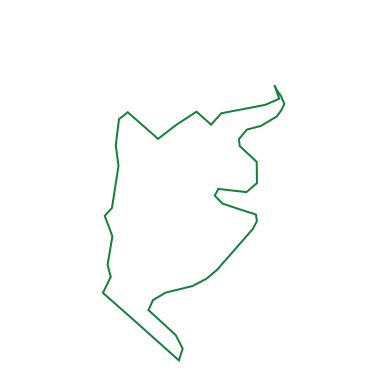 West Baton Rouge, Louisiana, United States of America, rotated 42°
{"feature_id": "52423323B55664774745263", "entity_name": "West Baton Rouge", "entity_type": "district", "adm_level": 2, "iso_a3": "USA", "parent_name": "United States of America", "parent_adm1": "Louisiana", "projection": "equal_earth", "projection_center": [-91.297, 30.491], "detail": "fine", "context": "isolated", "style": "outline", "palette": "green", "viewbox_px": 384, "rotation_deg": 42, "n_neighbors": 0, "source": "geoboundaries", "source_scale": "gbopen_adm2", "svg_char_len": 765}
<svg xmlns="http://www.w3.org/2000/svg" viewBox="0 0 384 384"><g transform="rotate(42 192 192)"><path d="M194.1,61.2L186.8,59.5L181.6,57.4L194.4,64.3L188.2,78.1L161.1,113.9L161.1,129.2L141.6,129.3L135.5,152.1L131.2,175.2L90.9,175.7L89.0,186.7L103.9,208.1L119.9,221.8L143.2,257.4L143.1,268.1L162.5,278.2L177.9,302.5L184.8,307.1L188.4,309.4L193.3,326.6L228.6,326.2L295.0,325.9L289.8,314.6L275.6,309.2L238.7,308.9L235.3,298.4L239.8,284.3L255.3,261.5L260.8,246.6L262.7,232.8L262.5,222.3L262.5,218.2L261.9,178.9L259.7,170.2L254.6,166.0L238.5,173.2L222.5,180.2L211.3,179.5L209.5,172.1L232.5,155.7L234.3,141.9L219.9,126.3L196.6,125.9L191.5,121.3L191.0,108.9L199.0,96.8L204.4,79.1L203.6,71.1L201.5,64.7L194.1,61.2Z" fill="none" stroke="#15803d" stroke-width="2"/></g></svg>